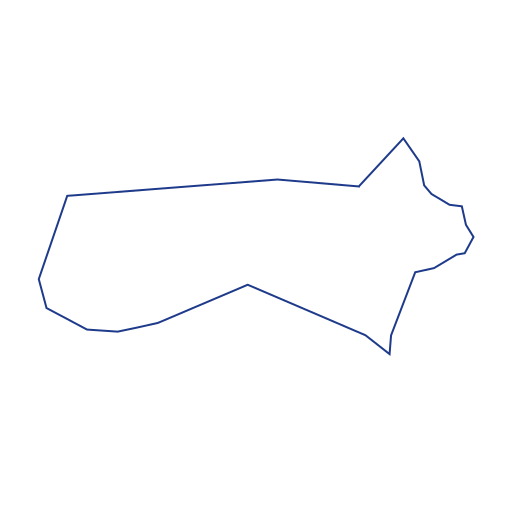 Tonj South, Warrap, South Sudan, rotated 86°
{"feature_id": "79223893B28236653000633", "entity_name": "Tonj South", "entity_type": "district", "adm_level": 2, "iso_a3": "SSD", "parent_name": "South Sudan", "parent_adm1": "Warrap", "projection": "robinson", "projection_center": [28.756, 7.089], "detail": "fine", "context": "isolated", "style": "outline", "palette": "blue", "viewbox_px": 512, "rotation_deg": 86, "n_neighbors": 0, "source": "geoboundaries", "source_scale": "gbopen_adm2", "svg_char_len": 514}
<svg xmlns="http://www.w3.org/2000/svg" viewBox="0 0 512 512"><g transform="rotate(86 256 256)"><path d="M319.2,380.3L315.9,358.5L284.1,266.3L342.7,152.3L363.2,129.6L344.6,126.8L283.3,98.3L280.5,79.3L268.6,55.8L267.8,47.6L252.2,37.7L239.5,44.4L220.8,47.2L218.4,59.4L206.4,76.6L197.3,83.3L173.0,86.5L148.9,100.8L193.7,148.5L193.8,148.5L181.2,229.3L182.2,358.2L182.8,433.7L182.8,440.1L263.9,474.3L264.0,474.3L293.3,468.6L317.6,429.7L321.8,399.3L319.2,380.3Z" fill="none" stroke="#1e3a8a" stroke-width="2"/></g></svg>